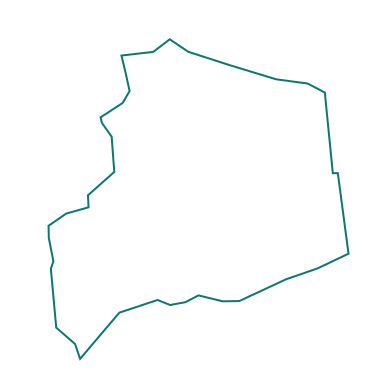 outline of Madaoua, Tahoua, Niger, rotated 174°
{"feature_id": "23599985B88186704259068", "entity_name": "Madaoua", "entity_type": "district", "adm_level": 2, "iso_a3": "NER", "parent_name": "Niger", "parent_adm1": "Tahoua", "projection": "natural_earth1", "projection_center": [6.217, 14.01], "detail": "fine", "context": "isolated", "style": "outline", "palette": "teal", "viewbox_px": 384, "rotation_deg": 174, "n_neighbors": 0, "source": "geoboundaries", "source_scale": "gbopen_adm2", "svg_char_len": 626}
<svg xmlns="http://www.w3.org/2000/svg" viewBox="0 0 384 384"><g transform="rotate(174 192 192)"><path d="M49.5,277.0L65.7,287.8L96.6,295.3L142.2,314.6L181.0,331.8L198.2,346.2L215.9,335.4L247.9,335.1L245.6,317.7L243.5,298.9L251.7,287.8L275.1,275.8L274.4,270.1L266.1,255.4L266.3,249.9L267.2,220.1L295.8,199.6L296.5,187.6L319.4,183.7L338.2,173.4L339.2,161.1L337.1,137.6L340.4,130.4L341.2,71.3L324.2,53.0L320.7,37.8L309.4,48.6L276.9,79.6L237.6,88.2L225.5,81.9L210.1,83.1L196.4,88.5L173.0,80.1L156.4,78.6L107.5,95.4L75.1,102.9L42.8,114.3L45.0,195.5L50.0,196.0L49.5,277.0Z" fill="none" stroke="#0f766e" stroke-width="2"/></g></svg>